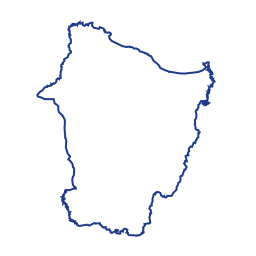 Lebak, Banten, Indonesia (Robinson projection), rotated 177°
{"feature_id": "22746128B73767534141998", "entity_name": "Lebak", "entity_type": "district", "adm_level": 2, "iso_a3": "IDN", "parent_name": "Indonesia", "parent_adm1": "Banten", "projection": "robinson", "projection_center": [106.147, -6.643], "detail": "fine", "context": "isolated", "style": "outline", "palette": "blue", "viewbox_px": 256, "rotation_deg": 177, "n_neighbors": 0, "source": "geoboundaries", "source_scale": "gbopen_adm2", "svg_char_len": 5784}
<svg xmlns="http://www.w3.org/2000/svg" viewBox="0 0 256 256"><g transform="rotate(177 128 128)"><path d="M190.1,38.3L188.9,37.9L188.5,38.7L187.9,37.8L187.5,38.2L187.2,37.7L186.7,37.8L186.5,37.1L185.7,37.4L185.9,35.6L184.4,35.9L183.8,34.8L184.1,34.0L181.8,32.7L173.7,33.6L171.6,32.6L166.4,34.9L165.6,34.2L161.1,34.4L160.8,32.7L159.5,32.1L158.8,30.5L157.4,29.8L157.1,30.2L155.3,30.0L155.5,28.9L154.4,27.5L151.9,27.8L151.7,26.6L150.8,25.9L150.8,24.7L149.8,24.1L145.8,25.6L145.9,26.7L145.4,27.0L143.4,26.4L143.6,25.7L145.2,24.8L145.2,23.6L141.5,22.8L141.1,23.2L141.2,25.1L139.8,25.6L138.5,24.8L137.9,27.0L136.4,27.6L134.0,26.4L134.3,24.6L135.0,23.7L133.6,23.3L133.6,21.9L132.6,21.0L126.6,20.4L125.3,19.9L124.2,20.5L122.5,20.2L120.1,21.6L119.8,22.4L119.1,22.1L118.9,22.6L118.0,22.7L117.7,23.3L118.5,24.3L117.8,26.5L118.2,27.8L116.3,29.7L116.5,31.3L115.6,31.1L113.6,31.8L112.3,31.4L110.7,32.3L111.3,37.8L110.5,39.9L110.6,41.3L109.5,41.4L109.0,40.9L109.6,42.9L109.5,44.7L110.4,45.5L110.9,46.7L109.7,49.1L108.3,49.4L108.4,51.1L107.3,53.6L107.2,56.4L106.3,58.0L106.1,59.9L104.4,61.4L104.1,60.7L103.0,62.4L101.1,62.5L99.0,61.3L98.3,58.6L97.1,58.3L96.9,57.6L95.3,57.4L95.2,57.7L94.6,56.8L93.5,56.7L92.1,58.2L88.1,57.9L86.1,60.9L82.8,63.8L82.5,66.8L81.5,67.8L80.6,70.5L78.7,71.8L78.2,74.2L78.4,76.6L78.0,77.2L76.8,77.2L76.2,77.8L73.9,83.4L73.4,83.1L72.8,83.6L71.5,85.9L73.9,89.7L73.2,90.4L72.6,92.1L71.0,91.7L72.0,96.9L70.3,97.7L69.4,97.4L69.0,97.7L69.6,99.1L69.2,100.6L68.1,101.5L68.4,103.1L68.1,104.5L66.5,106.2L65.0,105.9L63.3,109.7L62.4,110.2L61.7,109.6L60.5,112.6L60.0,112.8L59.5,114.2L58.3,114.9L58.1,118.9L57.4,119.0L56.8,119.8L57.7,120.0L57.6,121.9L58.0,122.4L59.8,122.7L60.6,123.8L60.5,125.8L61.2,128.5L60.7,129.2L60.8,132.5L59.6,134.0L59.0,136.7L59.5,141.3L59.0,142.2L57.9,142.5L57.9,143.2L56.6,144.5L56.6,147.3L55.3,148.3L53.8,151.0L52.1,151.1L52.0,150.5L50.4,150.4L50.3,150.9L49.8,151.0L50.1,150.6L49.6,149.7L49.7,149.0L50.8,149.3L51.9,149.0L52.9,147.9L51.3,149.1L50.5,149.1L51.0,148.6L51.0,148.3L49.5,149.0L49.1,147.1L50.0,147.1L50.1,146.8L48.9,146.9L48.7,147.9L49.1,148.1L49.3,150.1L48.4,149.5L48.0,147.2L47.9,148.8L47.4,148.4L47.8,149.0L47.4,148.9L47.5,149.4L47.1,149.0L47.2,147.5L46.9,147.1L47.1,147.6L46.4,148.2L46.8,148.6L46.2,148.8L47.2,149.2L47.1,149.9L48.1,150.2L46.8,152.9L46.7,154.5L47.4,154.5L47.5,156.1L47.1,156.1L47.4,156.8L46.8,157.1L47.0,157.6L46.5,157.6L46.0,158.2L46.3,158.8L45.7,158.9L46.1,159.4L45.4,159.2L45.1,160.5L45.5,161.0L45.1,161.0L45.5,161.9L44.6,162.1L45.1,162.7L44.6,163.8L44.9,164.8L44.3,164.4L43.2,165.6L42.7,165.3L42.9,166.1L42.2,165.9L42.2,166.6L41.7,166.4L41.9,167.0L40.8,168.0L40.3,169.8L39.2,169.9L39.5,170.6L40.4,170.7L40.3,172.5L41.5,171.8L41.5,173.8L42.4,173.1L43.2,174.0L42.3,174.8L43.2,176.7L42.7,177.4L42.0,177.4L42.4,178.3L40.9,177.8L41.0,178.8L41.6,179.7L42.5,179.1L43.6,179.8L42.6,181.0L43.3,182.4L43.8,182.2L44.0,180.9L46.0,181.9L44.7,182.6L44.8,184.1L45.5,184.4L45.3,185.0L43.8,185.0L43.9,185.9L44.6,186.2L44.7,186.7L43.8,189.2L45.8,189.4L48.3,187.7L49.3,188.6L49.5,187.8L47.6,186.0L47.4,184.4L47.9,183.5L50.6,181.6L55.3,180.2L68.3,179.4L74.0,179.9L83.0,182.0L83.7,181.6L85.3,182.8L87.7,183.6L92.5,186.2L93.3,187.2L93.4,188.3L96.0,191.3L98.8,193.5L101.3,198.6L103.0,199.1L103.5,199.9L104.1,200.0L104.3,200.8L105.0,200.7L106.3,201.9L107.2,201.7L107.9,202.4L112.2,204.0L113.4,205.8L115.9,207.1L117.5,206.9L120.0,208.7L121.8,208.6L122.1,209.2L125.6,209.0L129.6,210.2L139.7,215.8L141.7,218.1L142.1,220.8L140.5,221.8L140.0,222.8L140.8,223.9L141.7,224.5L143.6,224.2L145.3,224.9L146.2,226.4L146.9,226.6L146.7,227.6L147.1,228.5L150.8,230.2L151.7,228.5L156.6,229.8L158.6,232.1L157.9,234.9L159.2,235.1L161.6,234.2L162.4,232.5L163.1,232.9L163.1,233.8L164.6,233.8L165.6,232.4L166.2,232.3L167.9,233.4L167.8,235.6L170.4,234.6L171.2,235.2L170.9,236.1L172.2,235.4L173.1,233.5L173.3,234.2L174.2,234.5L175.6,233.3L176.2,233.7L176.2,234.7L177.8,234.9L178.0,233.1L178.9,232.8L179.4,233.5L180.9,231.7L181.3,231.9L181.2,231.2L182.3,229.9L181.9,229.6L182.0,228.6L181.3,228.4L181.1,227.6L181.3,225.4L181.8,225.1L180.9,224.0L181.7,223.9L181.5,222.8L181.8,222.4L180.2,218.7L180.7,217.9L180.6,215.8L182.4,214.8L182.6,213.3L183.0,213.2L183.0,212.0L182.4,211.6L182.2,208.7L180.9,207.4L181.1,206.2L183.4,204.9L184.6,201.8L188.2,200.0L188.1,198.2L189.7,196.6L189.6,195.5L190.6,195.3L191.3,194.5L191.6,193.0L190.9,192.4L191.5,190.6L191.3,189.6L192.4,187.4L192.3,185.5L193.0,184.1L192.5,183.3L192.9,182.4L192.6,181.6L193.8,181.3L194.1,180.3L195.5,181.2L196.3,180.5L197.1,179.6L196.9,178.4L198.3,176.7L199.6,176.1L200.0,176.5L201.3,175.5L201.8,175.8L202.1,175.0L202.5,175.5L202.6,174.8L204.2,174.1L205.9,174.0L206.2,174.4L206.8,174.0L206.7,173.3L209.1,172.9L211.7,169.9L214.0,168.7L216.8,165.8L216.4,164.2L213.7,163.3L209.7,161.2L200.8,160.7L199.9,156.4L197.4,154.6L196.5,153.4L196.7,149.6L196.1,147.4L192.6,143.7L190.8,139.8L190.7,137.0L191.4,130.9L191.1,122.4L191.4,121.9L190.7,120.5L190.3,118.1L191.1,112.0L189.5,105.4L187.3,102.6L189.2,99.8L187.2,97.9L185.3,95.0L185.0,91.7L184.3,91.2L183.9,89.5L184.6,83.4L185.6,82.2L186.4,79.3L186.1,74.6L185.0,72.4L184.2,72.1L184.3,71.3L183.3,71.0L183.3,70.1L184.8,70.5L189.6,69.0L193.7,69.3L194.3,67.8L193.8,67.5L193.3,67.9L193.1,67.5L194.0,66.6L194.7,66.6L195.4,64.8L196.4,64.4L195.8,63.3L197.2,62.7L196.4,62.3L197.6,62.3L196.3,60.6L195.4,61.1L194.9,60.9L195.4,60.0L197.4,59.8L197.4,58.3L196.3,58.0L196.6,56.2L195.6,57.3L194.8,56.5L194.8,55.6L193.5,55.4L193.2,54.0L194.2,53.6L194.2,53.0L193.7,53.4L192.1,52.3L192.3,51.8L193.2,52.4L193.0,51.5L192.4,51.1L193.1,50.4L192.0,49.5L191.5,47.1L190.3,47.0L191.2,46.0L190.6,44.8L191.5,44.0L191.0,42.9L191.2,41.1L190.6,41.0L190.2,40.1L190.8,39.1L189.8,38.9L190.1,38.3ZM146.0,227.4L146.1,226.9L146.1,226.5L145.9,226.8L146.0,227.4Z" fill="none" stroke="#1e3a8a" stroke-width="2"/></g></svg>